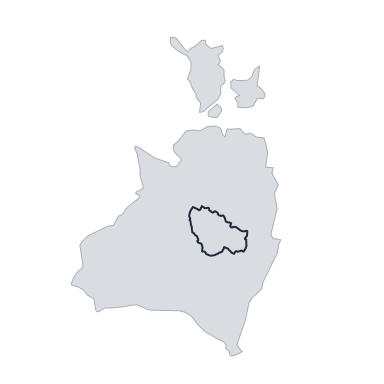 location of Järva within Estonia, rotated 103°
{"feature_id": "EST-1656", "entity_name": "Järva", "entity_type": "County", "adm_level": 1, "iso_a3": "EST", "parent_name": "Estonia", "parent_adm1": "", "projection": "orthographic", "projection_center": [25.661, 58.953], "detail": "fine", "context": "in_parent", "style": "outline", "palette": "slate", "viewbox_px": 384, "rotation_deg": 103, "n_neighbors": 0, "source": "natural_earth", "source_scale": "10m", "svg_char_len": 4364}
<svg xmlns="http://www.w3.org/2000/svg" viewBox="0 0 384 384"><g transform="rotate(103 192 192)"><path d="M309.6,288.7L308.4,289.0L301.4,288.0L293.7,284.4L290.4,281.7L287.1,281.8L283.1,283.7L269.0,289.3L265.5,288.1L257.3,282.9L253.1,277.3L244.0,266.0L243.2,263.3L242.0,261.1L232.3,258.3L228.7,254.2L225.7,253.6L221.4,251.5L210.1,242.5L207.3,241.7L206.6,243.2L206.7,245.3L206.0,246.5L204.6,246.5L202.0,243.2L198.9,240.2L189.0,245.6L185.5,247.0L182.4,247.3L166.7,254.2L161.9,258.0L160.0,257.5L160.5,253.9L167.3,235.9L168.7,221.5L171.1,219.6L171.8,217.6L170.9,213.0L164.3,210.0L161.6,210.3L159.1,215.2L156.5,218.7L150.6,220.8L145.7,216.9L134.0,211.6L131.2,204.8L130.7,198.1L124.7,191.4L122.4,183.7L123.5,178.4L129.3,175.1L130.9,172.1L123.9,172.3L122.5,171.6L122.2,168.8L119.4,159.4L122.3,155.8L123.6,152.2L121.5,149.1L122.2,145.7L124.0,142.2L123.2,134.1L130.3,130.0L137.1,127.1L151.3,125.9L150.1,118.5L155.8,118.3L165.6,109.5L175.2,111.3L189.0,105.3L215.6,105.6L219.2,102.1L218.6,98.5L218.7,94.7L223.6,95.8L232.0,95.1L263.2,102.4L270.9,102.3L281.7,109.7L287.5,111.5L304.4,111.2L330.7,113.8L335.6,108.5L336.1,107.1L338.7,109.9L342.0,114.4L342.9,117.0L341.9,118.6L338.8,120.0L338.2,121.5L336.9,124.0L333.2,124.5L331.3,126.4L329.3,134.3L325.4,147.4L319.2,157.5L314.2,163.1L312.0,167.3L310.7,172.3L310.5,177.4L316.2,204.7L316.3,209.7L315.2,214.8L314.5,220.0L315.4,224.5L318.9,232.1L322.8,243.5L324.5,250.8L326.9,253.4L329.3,255.3L329.8,256.5L329.8,257.8L328.6,259.3L318.4,263.4L317.1,266.7L316.1,270.4L311.7,275.9L310.4,280.9L309.7,286.7L309.6,288.7ZM79.4,185.5L82.7,187.9L85.9,187.3L89.1,185.9L96.0,187.6L111.4,199.5L112.7,202.6L103.2,203.6L100.9,207.0L98.6,209.3L95.8,210.0L91.1,214.7L84.6,219.0L83.2,221.8L72.0,220.7L65.7,222.2L60.5,227.2L57.9,237.1L53.9,244.8L50.0,247.4L46.1,247.6L45.3,244.6L45.9,241.7L54.6,231.1L56.5,227.6L52.5,225.7L49.3,221.7L42.2,216.8L41.1,213.1L42.8,212.9L44.5,212.0L46.6,209.0L47.8,205.6L42.4,195.1L45.5,193.7L49.2,194.2L52.9,197.4L57.3,194.1L59.1,193.7L62.0,195.1L65.3,188.5L72.4,186.7L76.0,184.7L79.4,185.5ZM94.9,167.1L90.8,171.5L88.5,169.6L87.4,167.4L81.8,177.4L76.0,179.0L72.8,176.8L73.3,172.9L70.5,162.7L65.7,159.4L58.8,158.8L54.0,154.4L73.5,152.5L75.7,147.8L79.9,142.9L82.8,142.5L85.3,143.8L85.6,147.8L86.2,149.3L94.8,151.9L98.0,158.6L99.0,166.6L94.9,167.1ZM114.0,193.4L110.0,194.2L100.8,187.3L103.1,183.0L105.9,181.3L113.8,184.3L114.7,191.1L114.0,193.4Z" fill="#d9dde1" stroke="#a8b0b8" stroke-width="1"/><path d="M231.3,182.5L229.2,183.4L225.7,184.6L224.7,185.3L223.9,185.8L220.8,186.9L219.9,188.0L218.5,187.7L216.7,189.0L215.0,189.5L210.7,189.3L209.8,188.8L208.6,188.6L206.4,187.6L207.2,184.1L207.4,182.9L207.6,182.4L207.9,181.8L208.1,181.3L208.1,180.8L207.6,180.2L206.8,179.8L205.3,179.6L203.6,179.1L204.6,176.6L204.8,175.9L204.6,174.7L203.8,173.1L203.7,172.5L203.9,172.0L204.5,171.6L205.6,171.3L206.0,170.9L206.2,170.4L206.6,169.1L207.1,168.4L207.4,167.2L206.6,166.0L205.8,165.6L205.6,165.2L205.6,164.9L206.5,162.4L207.3,161.8L207.7,161.6L208.2,161.3L208.6,160.7L208.7,159.7L208.7,158.8L208.6,157.8L208.3,157.3L208.0,157.0L207.9,156.5L207.9,156.2L209.5,154.5L213.2,152.3L213.5,150.1L213.3,148.1L213.4,147.3L213.9,146.8L215.0,146.9L215.8,147.1L216.5,147.2L217.0,146.8L217.4,146.3L217.6,145.9L217.6,144.9L217.1,144.4L216.8,144.0L216.2,141.6L217.5,138.3L218.3,136.7L218.7,135.4L218.9,134.2L218.6,132.4L218.1,131.2L217.6,130.4L217.6,129.8L217.7,129.4L219.3,129.0L222.6,128.6L224.4,129.7L225.2,130.0L225.6,129.9L225.9,129.8L226.0,128.6L232.3,126.8L234.6,127.0L238.3,128.2L238.5,128.6L238.2,129.3L237.9,130.0L237.9,130.6L238.0,130.9L238.2,131.2L238.6,131.4L239.3,132.9L239.9,134.0L239.6,135.0L239.8,135.7L241.0,136.6L242.7,137.2L242.4,139.3L241.1,141.2L240.5,142.5L239.0,144.3L238.9,146.0L238.4,147.8L238.6,148.3L239.0,148.5L240.3,148.4L240.9,148.5L242.1,149.1L243.2,149.2L243.8,149.6L245.0,152.1L246.0,152.5L247.4,154.5L248.3,155.5L248.9,156.7L249.6,158.5L249.8,159.5L249.8,160.4L249.8,161.1L249.7,161.8L249.4,163.1L249.3,164.1L248.0,165.2L247.8,165.5L247.5,165.9L247.3,166.5L247.3,167.0L247.6,168.1L247.4,168.9L244.4,169.2L243.5,169.3L243.0,169.5L242.4,169.9L242.0,170.3L240.9,170.7L240.3,171.3L240.1,172.3L240.1,173.2L240.0,174.0L239.9,174.7L238.5,175.8L237.6,175.1L236.6,175.3L235.1,176.6L234.7,176.7L234.1,177.1L233.8,177.7L233.4,178.8L233.0,179.5L231.6,181.1L231.3,182.5Z" fill="none" stroke="#1e293b" stroke-width="2"/></g></svg>